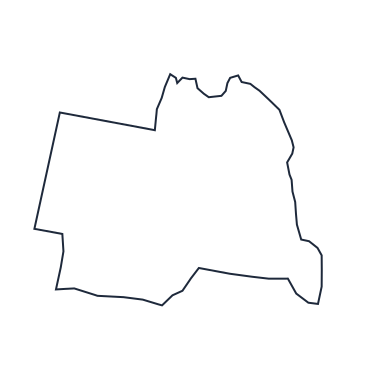 outline of Darganata, Chardzhou, Turkmenistan, rotated 12°
{"feature_id": "10190150B50164786179090", "entity_name": "Darganata", "entity_type": "district", "adm_level": 2, "iso_a3": "TKM", "parent_name": "Turkmenistan", "parent_adm1": "Chardzhou", "projection": "mercator", "projection_center": [61.431, 40.609], "detail": "fine", "context": "isolated", "style": "outline", "palette": "slate", "viewbox_px": 384, "rotation_deg": 12, "n_neighbors": 0, "source": "geoboundaries", "source_scale": "gbopen_adm2", "svg_char_len": 1131}
<svg xmlns="http://www.w3.org/2000/svg" viewBox="0 0 384 384"><g transform="rotate(12 192 192)"><path d="M146.2,81.3L143.6,95.0L142.8,106.3L141.0,115.3L140.4,118.3L141.0,123.2L141.4,127.0L142.8,139.3L142.7,139.3L141.2,139.3L46.2,141.7L45.5,260.8L73.9,260.0L78.6,276.8L79.3,293.0L79.2,315.6L87.9,313.2L96.9,310.8L118.6,312.9L120.3,313.1L121.1,313.2L125.5,312.5L146.9,309.1L151.8,308.7L166.2,307.5L182.7,308.9L186.0,309.1L186.3,309.1L194.4,297.1L203.2,290.6L208.1,278.7L208.8,276.9L214.5,264.9L245.9,264.1L268.4,262.4L285.3,260.8L286.2,260.6L303.8,256.8L308.7,262.4L313.6,268.0L315.1,269.7L316.2,270.2L326.7,275.1L328.8,276.1L338.5,275.3L338.5,274.9L338.5,257.6L335.2,241.5L332.0,227.0L326.4,220.6L316.7,215.8L308.7,215.8L301.4,202.1L298.2,191.6L295.0,180.3L290.2,170.7L286.9,159.4L283.7,154.6L278.9,143.3L282.1,133.6L282.1,127.2L278.9,120.7L267.6,104.6L260.4,93.4L247.5,85.3L237.0,78.9L231.4,76.5L226.6,74.1L217.7,74.1L212.9,68.4L205.6,72.4L204.0,78.1L204.0,86.1L200.8,91.8L188.7,95.8L183.1,93.4L175.8,89.3L171.8,80.5L166.2,82.1L158.9,82.1L154.9,88.5L152.5,83.7L146.2,81.3Z" fill="none" stroke="#1e293b" stroke-width="2"/></g></svg>